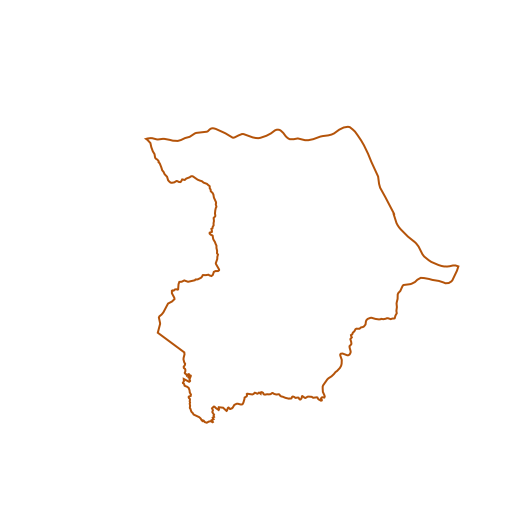 outline of Venecia, Antioquia, Colombia, rotated 133°
{"feature_id": "7082276B7520303523515", "entity_name": "Venecia", "entity_type": "district", "adm_level": 2, "iso_a3": "COL", "parent_name": "Colombia", "parent_adm1": "Antioquia", "projection": "equal_earth", "projection_center": [-75.75, 5.946], "detail": "fine", "context": "isolated", "style": "outline", "palette": "amber", "viewbox_px": 512, "rotation_deg": 133, "n_neighbors": 0, "source": "geoboundaries", "source_scale": "gbopen_adm2", "svg_char_len": 6143}
<svg xmlns="http://www.w3.org/2000/svg" viewBox="0 0 512 512"><g transform="rotate(133 256 256)"><path d="M245.3,416.2L245.1,414.8L245.4,410.3L247.8,406.8L249.8,402.9L250.7,399.7L252.7,397.1L253.0,396.5L253.1,395.4L252.8,393.8L253.1,391.7L253.9,391.2L253.9,389.6L255.8,385.6L257.3,383.0L257.5,381.1L258.5,378.6L258.7,375.1L260.5,372.0L260.7,370.5L260.6,368.6L259.9,367.5L257.9,366.0L255.4,365.3L254.9,364.6L254.4,362.8L253.5,361.7L252.7,361.6L250.3,362.2L249.0,360.0L246.9,359.8L243.7,358.2L242.4,358.0L241.3,357.3L240.8,356.4L240.0,350.8L239.1,348.4L238.2,346.6L238.1,344.4L236.7,341.1L236.7,338.9L236.5,338.0L236.6,337.4L238.1,335.9L238.3,334.6L239.5,333.2L239.5,330.8L240.1,329.1L242.0,326.6L243.9,322.0L244.6,321.2L245.5,320.8L247.0,318.5L248.4,318.1L250.4,316.9L253.0,314.9L254.0,313.5L254.8,312.9L257.1,312.9L259.1,310.6L261.0,309.4L262.5,307.9L264.1,307.6L265.5,306.7L266.6,307.1L267.8,305.2L268.5,304.7L270.5,305.8L271.0,305.5L271.3,305.0L271.3,303.5L270.8,302.3L270.7,301.6L272.4,299.4L273.0,298.4L273.8,295.5L274.6,294.0L275.4,292.0L277.1,290.4L278.8,287.9L280.6,286.4L280.9,284.8L283.0,283.7L284.6,282.3L288.7,280.5L289.2,279.7L290.9,274.2L291.2,273.6L291.6,273.3L292.9,273.5L294.7,275.4L296.4,276.0L299.2,274.7L301.0,274.9L301.9,276.7L302.1,278.0L304.3,279.7L306.1,281.8L306.4,281.9L307.8,281.4L309.5,281.4L312.9,282.7L314.4,284.2L315.5,284.2L321.2,288.1L322.8,291.8L325.5,292.8L327.2,294.4L329.5,293.4L333.5,290.2L334.0,290.3L334.7,291.6L335.4,292.2L335.9,292.5L337.5,292.6L338.2,293.7L338.8,293.8L340.6,292.1L342.3,287.2L343.1,286.2L346.6,286.4L350.8,287.9L360.4,285.3L363.1,285.1L366.0,285.5L367.2,285.1L370.5,280.4L371.1,279.8L379.1,275.5L375.4,242.7L376.7,241.2L380.0,239.4L381.1,238.5L382.8,235.8L383.1,234.4L384.1,233.7L386.4,233.3L387.1,232.4L387.0,230.8L387.5,229.9L388.6,229.0L390.1,228.4L390.3,227.8L390.1,226.0L390.5,225.3L389.6,225.3L389.3,224.8L388.5,224.8L388.2,224.6L388.2,224.2L390.2,223.5L390.7,223.1L390.8,222.7L390.5,222.5L388.5,222.9L388.2,222.6L388.0,222.1L388.3,221.8L390.6,220.9L391.4,220.8L392.3,219.0L392.7,218.9L393.6,219.1L395.2,225.0L396.8,223.3L398.6,223.0L398.8,222.7L398.6,221.8L398.8,220.9L399.5,220.0L399.6,219.7L398.6,217.2L398.4,215.3L399.5,213.1L401.0,211.3L401.7,209.1L403.0,208.3L404.4,209.2L405.1,209.1L405.6,208.2L405.6,207.0L406.1,206.3L407.5,205.4L408.1,204.3L409.2,203.8L410.6,201.9L411.8,201.2L412.4,200.5L412.4,199.9L413.8,197.4L414.0,196.6L414.0,195.2L414.5,193.5L412.6,187.6L412.6,185.7L413.2,183.6L413.1,182.2L412.8,182.0L412.3,182.4L412.1,181.9L412.4,180.2L411.5,178.3L409.3,177.6L407.6,176.4L407.2,174.4L406.8,174.3L406.2,176.4L404.3,175.7L403.9,177.3L402.3,176.9L402.0,178.0L400.7,178.4L400.1,181.1L399.8,181.6L398.2,182.3L397.4,184.3L395.0,184.2L394.5,183.6L394.6,181.8L394.1,178.3L393.3,178.5L392.4,179.9L392.0,180.1L389.4,176.6L389.4,171.9L388.8,171.8L386.5,172.9L386.0,172.9L385.6,172.8L385.5,172.5L385.7,171.1L385.6,170.6L385.1,170.2L384.3,170.1L383.9,169.7L382.8,169.6L379.7,170.3L377.3,169.4L376.4,168.5L375.1,166.0L374.1,165.0L373.5,164.8L371.9,165.2L368.5,166.9L367.3,167.8L365.0,167.1L364.0,167.6L363.2,168.6L362.7,168.5L359.8,164.3L358.6,163.7L356.9,163.7L356.4,162.9L355.9,161.2L355.6,160.9L353.9,160.7L353.7,160.4L353.6,158.6L352.5,159.3L352.2,159.4L351.8,159.1L351.4,158.3L351.3,157.4L351.9,156.1L351.3,154.9L349.5,153.6L348.5,152.3L347.1,151.1L345.1,150.7L344.8,150.3L344.5,148.6L343.4,146.6L341.5,145.0L341.4,144.2L341.7,143.0L341.5,141.8L340.7,140.5L339.7,137.8L337.9,134.6L337.5,134.5L336.8,133.6L336.0,133.0L334.3,133.5L333.6,133.2L333.0,131.8L332.9,130.4L330.8,128.7L330.6,128.2L331.1,126.6L331.0,126.0L330.6,125.6L329.2,125.6L327.2,126.7L326.8,126.5L326.5,123.7L326.1,123.0L323.7,122.3L323.0,121.7L321.0,119.2L320.7,117.5L317.8,115.1L317.6,114.5L318.1,113.5L318.1,112.1L317.5,109.8L316.9,109.4L316.5,109.5L316.3,109.8L316.2,111.1L315.4,111.4L314.2,111.3L312.9,109.5L311.9,109.9L311.2,111.0L309.8,114.4L307.3,117.0L306.0,118.2L304.8,118.7L297.6,119.7L296.0,119.6L292.5,118.7L289.3,118.5L286.6,118.7L284.8,118.3L280.6,118.3L278.2,118.9L276.4,119.9L273.5,122.4L271.4,126.3L270.9,127.0L270.3,127.3L269.6,127.3L268.3,126.2L266.6,122.1L266.2,121.3L265.5,120.7L264.1,120.4L262.6,120.8L261.6,121.3L260.9,122.2L259.2,125.0L258.2,126.1L255.9,126.1L255.2,126.3L253.9,127.8L252.6,130.1L252.2,130.4L250.2,130.4L249.6,131.9L249.1,132.6L247.6,132.2L246.0,132.9L244.1,132.7L241.7,133.3L240.7,133.0L238.6,130.7L236.6,130.5L235.1,129.4L233.9,129.0L231.4,129.2L228.7,131.1L227.4,131.5L225.8,131.4L223.3,130.2L222.4,129.4L220.6,125.8L218.5,122.8L217.2,121.7L216.6,121.6L215.4,119.8L213.5,118.4L212.2,117.8L211.5,117.0L210.3,114.4L208.7,113.6L207.6,112.4L207.0,112.1L204.4,113.4L201.9,114.0L200.4,115.9L197.3,118.1L194.9,120.8L193.7,121.6L190.8,123.2L187.4,126.2L185.8,126.7L183.2,126.6L178.2,128.3L176.7,128.4L171.4,124.0L170.2,123.3L166.7,122.0L163.3,121.8L159.6,120.6L157.5,118.0L154.8,113.8L153.2,110.7L149.5,105.2L147.5,100.9L146.7,98.8L144.3,96.6L141.5,95.8L139.9,95.8L129.7,99.0L125.6,100.9L126.9,103.7L128.6,105.5L131.3,107.3L133.2,108.9L135.3,111.2L136.7,113.4L138.1,116.3L140.8,123.8L141.3,126.9L141.7,132.7L141.2,135.5L138.2,143.6L137.6,147.2L137.5,148.8L138.2,158.2L137.8,168.3L137.5,170.8L136.9,173.4L136.1,175.7L131.5,183.9L131.1,183.7L130.9,184.1L124.8,201.4L121.4,211.8L119.3,215.2L114.6,220.9L108.5,235.8L104.8,243.8L101.4,252.6L99.8,257.9L98.4,263.9L97.5,268.5L97.5,271.6L97.8,275.3L98.8,276.9L102.2,279.5L106.9,281.3L113.1,282.5L115.7,283.6L118.5,285.4L122.8,289.0L124.8,290.4L131.5,293.8L135.6,296.7L137.8,299.0L141.5,305.6L144.9,308.1L147.5,310.9L148.0,312.4L148.2,314.5L148.1,316.2L147.4,320.0L147.4,323.2L147.7,324.7L148.6,326.1L149.7,327.1L151.2,327.8L156.2,328.7L161.0,330.4L166.6,333.4L168.3,334.7L169.9,336.7L171.5,339.3L175.3,348.2L176.3,349.4L179.7,351.0L183.8,352.5L184.9,353.2L185.4,353.9L187.1,361.9L188.1,365.0L190.5,372.1L191.5,374.0L192.4,375.1L193.5,375.8L195.0,376.2L197.6,376.3L198.6,376.7L206.8,383.7L208.0,384.3L214.1,385.8L218.1,388.3L222.4,390.0L225.2,391.7L228.4,395.5L229.9,398.3L232.7,402.7L233.7,403.9L237.8,407.3L238.5,408.3L240.6,412.2L241.7,413.5L244.1,415.5L245.3,416.2Z" fill="none" stroke="#b45309" stroke-width="2"/></g></svg>